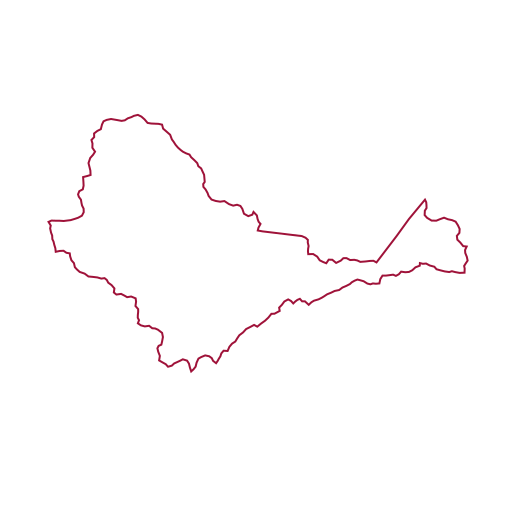 the district of Jaraguá do Sul, Santa Catarina, Brazil, rotated 98°
{"feature_id": "56859067B43014186257508", "entity_name": "Jaraguá do Sul", "entity_type": "district", "adm_level": 2, "iso_a3": "BRA", "parent_name": "Brazil", "parent_adm1": "Santa Catarina", "projection": "mercator", "projection_center": [-49.158, -26.432], "detail": "fine", "context": "isolated", "style": "outline", "palette": "rose", "viewbox_px": 512, "rotation_deg": 98, "n_neighbors": 0, "source": "geoboundaries", "source_scale": "gbopen_adm2", "svg_char_len": 3996}
<svg xmlns="http://www.w3.org/2000/svg" viewBox="0 0 512 512"><g transform="rotate(98 256 256)"><path d="M292.3,433.8L294.2,431.5L296.3,428.4L297.3,423.2L299.6,419.1L299.4,414.8L299.3,410.1L299.9,406.0L299.0,402.9L300.5,400.4L303.0,398.6L304.9,395.0L307.8,391.7L311.9,391.7L313.6,388.9L312.3,384.3L313.6,380.6L314.7,377.9L313.5,374.0L314.7,369.3L317.9,368.4L322.3,368.4L325.0,365.3L327.8,364.9L330.9,364.8L333.6,364.5L335.9,362.9L339.1,363.6L340.7,360.3L341.2,356.3L340.0,352.1L342.0,348.7L341.8,345.8L342.6,342.9L345.2,338.3L349.2,336.9L353.8,337.1L357.0,337.4L358.5,339.9L361.1,340.8L364.4,339.5L368.3,337.3L372.9,337.4L374.4,333.7L375.7,330.3L377.9,327.7L376.3,324.1L373.8,322.1L372.1,319.4L370.3,316.6L368.5,314.1L369.2,309.7L371.9,307.4L375.7,305.9L379.3,304.1L376.9,302.1L374.0,300.4L369.9,300.0L365.6,298.7L363.7,296.2L361.5,292.5L361.8,288.4L363.3,285.6L365.8,283.9L367.7,280.6L365.3,279.4L362.9,278.5L360.3,277.3L357.3,276.8L354.3,274.9L354.0,270.9L349.6,269.7L346.1,267.5L343.6,264.6L340.3,263.2L336.8,261.5L333.5,258.2L329.7,255.6L327.0,251.7L324.5,248.3L325.8,244.9L322.1,241.5L318.9,238.1L315.3,235.2L311.1,232.7L310.6,229.7L308.7,227.1L307.1,224.9L303.9,225.9L300.8,223.6L297.1,221.6L294.5,218.1L295.7,215.0L297.8,212.5L295.6,210.8L293.7,208.9L292.3,206.6L294.5,204.0L294.1,201.2L297.0,197.0L294.1,194.7L292.2,192.4L290.2,188.0L288.2,185.1L286.4,182.9L284.0,180.2L281.8,176.4L279.7,173.3L278.1,168.9L275.2,166.0L273.1,162.5L270.7,159.1L268.7,157.5L266.7,154.9L265.2,152.3L265.5,149.5L266.0,145.9L267.8,141.9L268.1,138.8L266.9,136.4L266.8,133.4L266.0,130.0L261.6,129.7L257.8,128.0L257.3,124.5L256.3,120.8L255.4,117.6L256.2,114.7L254.2,112.0L251.3,110.1L251.3,105.9L250.5,102.3L248.4,99.3L245.0,96.5L242.8,92.5L240.2,92.7L240.5,89.7L239.8,86.5L241.2,82.7L241.8,77.9L244.0,75.4L244.5,71.6L245.0,66.9L245.0,62.4L243.8,59.9L244.2,56.6L244.4,52.0L243.5,47.2L239.4,47.6L236.9,48.5L234.4,47.4L231.1,45.8L227.5,47.1L223.9,49.2L221.0,49.8L217.3,48.7L217.4,52.2L214.2,55.6L211.8,58.9L208.1,59.9L204.8,57.8L200.9,58.1L197.5,60.3L194.2,63.1L193.2,66.8L192.9,71.1L191.9,75.1L193.9,78.9L195.9,82.3L196.5,87.0L194.4,91.9L192.0,94.7L187.6,95.1L184.8,93.8L181.8,94.3L179.1,94.9L176.7,96.5L198.1,109.7L216.6,119.5L245.6,135.8L244.4,139.0L245.0,142.4L246.2,146.9L247.3,151.9L246.3,155.1L246.1,158.2L246.9,162.2L245.5,166.1L246.0,169.2L248.8,171.4L251.7,175.7L249.1,179.9L249.5,183.5L253.4,185.4L252.6,188.7L251.4,192.3L248.1,195.3L246.1,199.7L246.9,204.5L244.1,205.2L241.5,205.4L238.8,205.3L235.5,206.6L232.8,206.9L231.0,209.5L229.9,213.4L230.7,253.0L230.5,257.8L227.6,257.5L223.6,256.0L221.7,258.2L219.1,259.6L215.7,260.8L212.7,264.6L215.6,265.4L217.6,269.2L215.8,273.8L211.2,276.1L208.6,278.4L207.9,281.9L209.3,285.6L208.4,289.9L206.0,294.9L207.2,299.1L207.1,303.6L206.3,307.9L203.1,311.3L200.4,312.7L197.1,315.2L194.9,317.7L192.1,318.3L189.8,317.1L187.1,317.7L182.8,318.7L179.6,320.8L176.9,322.5L175.1,325.6L172.2,327.1L169.6,330.5L167.2,334.0L164.8,336.0L164.1,339.4L162.9,342.9L161.5,345.4L159.5,348.4L157.1,351.1L154.2,353.6L152.3,355.5L147.9,357.9L145.0,362.3L142.8,365.7L139.0,367.3L138.7,370.9L139.1,375.0L139.4,378.4L139.3,381.9L136.2,385.4L133.9,388.9L132.7,392.6L134.2,396.4L135.8,398.7L137.5,402.1L139.9,404.8L140.9,407.9L140.7,412.4L140.5,418.6L142.0,422.8L143.8,425.7L147.2,426.8L152.0,427.3L154.2,430.5L157.2,433.4L160.8,432.8L164.0,435.1L167.3,433.6L171.6,433.1L175.1,429.9L178.4,431.4L182.0,433.8L187.3,434.8L191.5,433.1L194.5,431.9L198.8,431.1L200.3,434.3L201.9,438.2L206.7,437.2L210.4,436.5L214.1,436.8L216.4,440.0L219.7,440.8L222.0,439.7L224.6,437.2L227.8,436.2L230.2,435.3L233.1,433.3L236.6,432.7L240.3,434.0L242.9,437.5L244.4,440.5L246.3,444.6L247.2,448.0L248.1,451.3L248.4,455.1L248.9,458.9L249.4,463.5L251.1,466.2L254.4,463.5L257.3,463.7L261.4,462.2L264.1,460.7L267.7,460.0L269.9,458.5L273.0,457.3L276.2,455.8L279.7,454.9L278.3,451.0L277.6,447.3L279.2,444.2L279.3,440.8L282.2,440.0L285.9,438.2L288.4,435.3L292.3,433.8Z" fill="none" stroke="#9f1239" stroke-width="2"/></g></svg>